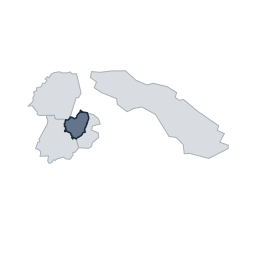 Lithuania and the surrounding countries, rotated 105°
{"feature_id": "LTU", "entity_name": "Lithuania", "entity_type": "country or territory", "adm_level": 0, "iso_a3": "LTU", "parent_name": "Europe", "parent_adm1": "", "projection": "mercator", "projection_center": [24.055, 55.152], "detail": "fine", "context": "with_neighbors", "style": "filled", "palette": "slate", "viewbox_px": 256, "rotation_deg": 105, "n_neighbors": 4, "source": "natural_earth", "source_scale": "50m", "svg_char_len": 3736}
<svg xmlns="http://www.w3.org/2000/svg" viewBox="0 0 256 256"><g transform="rotate(105 128 128)"><path d="M73.4,145.3L79.8,132.8L81.5,120.7L78.3,115.3L77.9,100.8L81.2,90.2L86.2,90.4L88.0,85.8L86.1,81.8L94.0,64.7L102.3,41.1L107.2,41.1L108.5,33.5L118.0,35.7L118.7,26.6L121.9,26.0L136.5,42.1L136.6,62.1L138.3,67.0L129.6,70.5L124.7,78.9L125.5,86.2L107.8,105.0L104.1,120.2L107.7,127.5L112.5,133.1L107.9,144.4L102.6,146.6L100.7,162.6L97.9,171.1L91.7,170.3L88.9,177.4L83.0,177.8L81.4,169.3L77.2,158.8L73.4,145.3Z" fill="#d9dde1" stroke="#a8b0b8" stroke-width="1"/><path d="M159.8,170.5L165.1,172.8L165.9,175.0L168.5,174.0L173.4,176.1L173.9,180.3L172.8,182.6L176.0,188.3L178.1,189.9L177.8,191.4L181.2,192.9L182.6,195.2L180.6,197.0L175.6,197.5L178.0,205.6L173.7,206.1L172.2,207.9L171.8,211.9L165.3,211.5L164.0,209.7L162.1,211.1L145.5,207.1L141.6,207.3L138.8,209.5L136.4,209.8L136.3,206.2L134.7,202.4L137.8,200.7L137.8,197.4L136.4,194.2L136.2,190.4L141.1,190.5L146.5,187.2L147.7,182.3L151.8,179.5L151.4,175.5L159.8,170.5Z" fill="#d9dde1" stroke="#a8b0b8" stroke-width="1"/><path d="M136.2,190.4L136.4,194.2L137.8,197.4L137.8,200.7L134.7,202.4L138.9,216.9L138.4,219.1L135.9,220.0L131.3,226.5L132.6,230.0L126.7,226.6L123.1,227.7L120.7,226.9L117.7,228.5L115.2,225.8L113.1,226.8L110.5,222.5L106.8,222.0L106.3,219.6L102.8,218.7L102.1,220.7L99.3,219.1L99.7,216.9L95.9,216.2L93.5,213.6L91.4,208.5L91.8,205.7L90.6,201.3L88.8,198.3L90.2,196.0L89.0,191.7L106.6,182.3L111.7,183.7L112.0,185.9L132.4,186.8L135.0,187.8L136.2,190.4Z" fill="#d9dde1" stroke="#a8b0b8" stroke-width="1"/><path d="M155.4,158.5L157.8,160.7L159.8,170.5L151.4,175.5L146.5,171.2L143.8,170.6L143.1,168.7L129.7,169.0L123.9,171.8L124.1,164.9L126.6,159.1L131.3,155.9L135.3,162.9L139.4,162.7L140.4,155.5L144.7,153.8L151.2,158.5L155.4,158.5Z" fill="#d9dde1" stroke="#a8b0b8" stroke-width="1"/><path d="M132.6,186.6L132.4,186.2L132.1,185.4L132.2,184.8L132.3,184.2L132.9,182.4L132.9,182.1L132.4,181.6L131.9,181.2L131.6,180.5L130.4,180.4L129.4,180.4L129.1,180.4L128.1,180.1L127.1,179.6L126.5,179.3L125.9,178.9L125.6,178.5L125.2,178.6L124.9,178.6L124.7,177.9L124.9,176.9L124.5,175.5L124.0,173.7L123.9,171.9L123.9,171.4L125.2,170.4L127.0,169.2L127.3,169.1L128.9,168.4L129.1,168.4L130.5,168.5L131.7,168.7L132.6,168.7L133.1,168.5L133.6,168.6L134.0,169.1L134.3,169.1L134.7,168.7L136.8,169.0L137.3,169.0L137.8,169.1L138.8,169.4L139.4,169.7L140.6,169.5L141.2,169.5L141.5,169.4L142.3,168.6L142.7,168.5L143.0,168.3L143.3,168.5L143.5,169.1L144.2,170.3L144.9,170.5L146.8,170.9L147.2,171.1L148.2,172.1L148.9,172.6L149.3,173.0L149.9,173.8L150.3,174.3L150.9,174.7L151.6,175.0L151.9,175.1L151.8,175.5L151.7,176.1L151.5,177.0L151.2,177.7L151.2,177.9L151.4,178.2L152.3,178.3L152.7,178.4L152.8,178.6L152.6,178.8L152.3,179.0L152.1,179.2L151.9,179.8L150.3,179.7L150.1,179.9L150.0,180.2L150.0,180.5L149.7,180.9L149.3,181.3L148.7,181.4L148.2,181.7L147.8,182.4L147.5,183.4L147.5,184.2L147.5,184.6L147.5,184.8L147.3,185.0L147.0,185.7L146.7,186.4L146.6,186.8L146.6,187.0L146.9,187.0L147.4,187.1L147.6,187.4L147.7,187.8L147.7,188.1L147.6,188.3L147.3,188.4L146.7,188.5L146.4,188.3L146.3,188.1L146.5,187.8L146.4,187.4L146.1,187.1L145.7,187.5L145.3,187.5L144.7,187.8L144.4,188.3L144.1,188.5L143.2,188.4L142.9,188.6L142.8,189.7L142.7,189.9L141.9,189.8L141.2,190.2L140.4,190.6L140.0,190.3L139.7,190.1L139.3,190.1L138.8,190.2L138.5,190.2L138.1,190.2L137.4,190.4L136.6,190.3L136.2,190.2L136.2,189.6L136.2,189.0L136.0,188.4L135.6,187.9L135.2,187.6L134.6,187.2L134.2,187.1L133.9,186.8L133.8,186.7L133.6,186.5L133.2,186.3L132.9,186.2L132.6,186.6ZM123.4,178.5L123.2,178.4L123.7,177.4L124.0,176.8L124.1,175.8L124.2,175.5L124.2,175.9L124.2,176.7L123.8,177.9L123.4,178.5Z" fill="#64748b" stroke="#1e293b" stroke-width="1.5"/></g></svg>